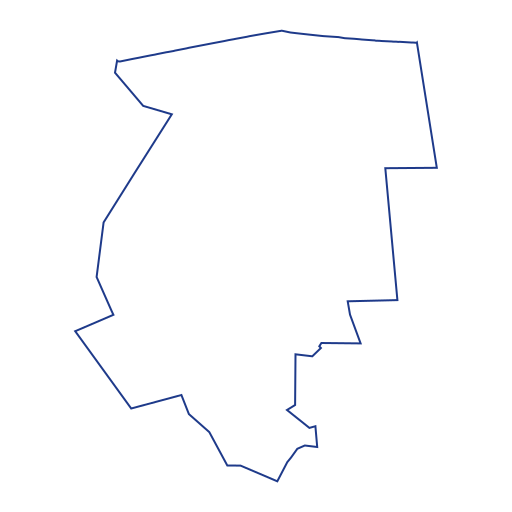 outline of Uchkuduk, Navoi, Uzbekistan
{"feature_id": "79887680B40306907655933", "entity_name": "Uchkuduk", "entity_type": "district", "adm_level": 2, "iso_a3": "UZB", "parent_name": "Uzbekistan", "parent_adm1": "Navoi", "projection": "mercator", "projection_center": [63.246, 42.277], "detail": "fine", "context": "isolated", "style": "outline", "palette": "blue", "viewbox_px": 512, "rotation_deg": 0, "n_neighbors": 0, "source": "geoboundaries", "source_scale": "gbopen_adm2", "svg_char_len": 1206}
<svg xmlns="http://www.w3.org/2000/svg" viewBox="0 0 512 512"><path d="M277.3,481.3L287.3,462.1L291.0,457.6L297.3,448.8L304.8,445.5L317.2,447.0L315.4,426.2L309.4,427.9L287.0,410.0L295.1,405.0L295.5,354.3L312.3,356.3L320.9,348.0L319.3,346.3L321.4,343.0L360.6,343.4L350.0,314.6L347.7,301.3L397.4,300.1L385.3,168.2L436.8,167.8L416.9,42.5L416.6,42.8L412.7,42.5L411.0,42.5L399.7,41.8L398.4,41.9L396.4,41.7L393.9,41.7L393.0,41.6L392.5,41.6L392.1,41.5L381.3,41.0L379.5,40.8L375.8,40.7L374.2,40.3L372.9,40.3L361.7,39.5L360.0,39.3L354.5,38.8L344.7,38.2L338.5,37.1L323.2,36.1L308.2,34.5L305.5,34.2L298.2,33.4L290.4,32.5L282.3,30.8L281.4,30.7L280.3,31.0L279.9,31.0L265.5,33.4L260.8,34.2L249.4,36.2L246.8,36.8L235.8,38.8L233.9,39.2L228.7,40.1L224.0,41.1L212.3,43.3L204.5,44.8L193.5,46.9L188.8,47.8L186.4,48.4L175.0,50.6L173.6,51.0L168.0,52.0L166.0,52.3L165.6,52.4L157.1,54.1L155.0,54.6L151.0,55.3L143.4,56.8L138.5,57.8L132.7,58.9L120.0,61.5L119.9,61.5L117.9,61.3L117.1,60.6L115.0,72.7L143.2,105.9L171.8,114.3L134.8,172.7L103.6,222.4L96.6,277.0L111.4,310.5L113.4,314.8L75.2,331.2L131.2,408.5L181.4,395.0L188.9,414.1L209.3,432.1L227.3,465.5L240.5,465.6L277.3,481.3Z" fill="none" stroke="#1e3a8a" stroke-width="2"/></svg>